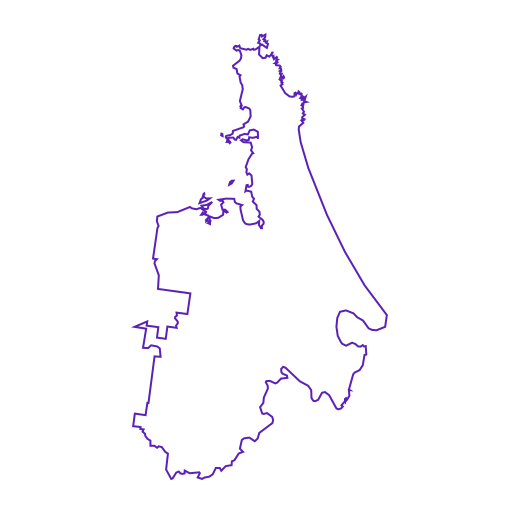 Port Stephens, New South Wales, Australia (Albers equal-area conic projection), rotated 268°
{"feature_id": "25037944B52772221720298", "entity_name": "Port Stephens", "entity_type": "district", "adm_level": 2, "iso_a3": "AUS", "parent_name": "Australia", "parent_adm1": "New South Wales", "projection": "albers", "projection_center": [151.986, -32.729], "detail": "fine", "context": "isolated", "style": "outline", "palette": "violet", "viewbox_px": 512, "rotation_deg": 268, "n_neighbors": 0, "source": "geoboundaries", "source_scale": "gbopen_adm2", "svg_char_len": 6118}
<svg xmlns="http://www.w3.org/2000/svg" viewBox="0 0 512 512"><g transform="rotate(268 256 256)"><path d="M43.3,171.3L41.4,172.8L40.8,174.9L41.3,177.1L44.0,177.3L41.2,182.2L41.8,191.7L40.9,192.3L36.7,190.0L35.1,194.3L36.4,196.9L37.1,201.6L39.3,205.1L45.6,208.5L45.4,212.4L42.6,213.8L47.1,218.5L47.8,224.3L51.6,224.7L52.6,227.3L59.3,231.9L60.7,236.2L64.0,233.2L72.6,235.4L74.2,237.7L74.7,243.1L70.9,248.3L73.6,251.3L79.1,253.1L88.5,266.6L91.7,267.4L94.7,266.5L98.6,261.6L97.9,258.2L98.4,256.7L104.8,254.8L108.9,258.2L114.3,258.9L123.0,263.2L125.9,263.2L129.5,261.4L130.6,262.0L130.7,265.5L128.0,270.8L128.7,272.7L132.6,276.7L133.1,283.1L135.5,282.7L137.5,278.3L139.1,277.3L142.2,277.2L144.3,279.3L143.3,281.6L129.2,295.5L124.5,303.6L120.0,306.5L112.1,306.5L109.3,308.2L108.8,309.8L110.1,313.1L117.0,317.2L117.6,320.2L114.3,324.3L100.8,331.1L99.9,333.0L100.8,335.9L102.5,337.5L103.6,336.2L103.9,336.3L107.2,339.3L106.7,339.8L108.9,339.9L108.0,340.8L109.2,341.7L110.3,340.6L110.9,341.1L109.7,342.3L113.1,344.5L118.7,344.1L118.6,345.2L119.3,344.2L134.3,349.0L136.0,350.4L138.3,355.5L143.1,358.9L153.3,361.0L153.7,362.8L162.1,362.5L161.8,360.8L163.2,359.6L161.8,357.4L162.0,355.0L164.6,352.2L166.0,349.0L163.2,342.9L165.2,339.2L166.9,337.9L173.4,334.9L182.5,333.9L191.3,335.1L197.3,338.0L198.5,344.0L195.3,351.4L191.2,355.1L187.8,360.7L179.8,366.0L178.1,369.4L177.6,373.9L180.7,382.6L192.4,384.7L222.9,363.5L257.1,345.0L294.5,328.4L342.3,311.3L368.3,304.6L381.0,303.1L383.9,303.5L387.4,307.9L389.4,306.5L389.8,307.6L390.2,306.7L391.1,308.8L391.8,307.0L393.1,307.0L395.5,309.8L396.8,307.8L398.5,309.0L401.8,307.0L402.7,309.1L402.4,308.0L403.9,308.2L405.0,306.7L406.6,307.6L406.0,308.7L407.8,309.0L408.2,311.7L409.1,309.7L413.3,311.2L412.6,310.4L413.4,309.1L410.4,308.1L410.5,307.0L412.2,307.4L412.4,305.9L414.5,307.6L415.6,306.6L417.0,307.8L416.1,305.8L416.6,304.6L418.1,305.2L418.9,304.3L417.8,304.1L417.3,302.6L415.9,301.8L417.8,301.0L417.4,300.2L414.3,300.0L413.8,298.3L414.3,295.1L417.7,290.9L425.5,286.5L426.7,288.4L428.0,287.5L428.5,288.5L430.9,286.5L430.9,287.9L432.7,287.6L433.4,288.6L434.4,287.8L433.6,286.6L437.0,288.0L436.7,286.7L437.6,286.1L439.6,287.5L440.1,286.3L441.0,287.7L442.4,287.5L442.7,286.2L444.3,287.2L445.5,286.3L446.0,282.7L447.1,282.4L448.1,283.5L448.2,281.9L449.5,283.8L450.3,283.0L451.5,284.7L452.4,282.8L454.6,284.4L452.2,280.8L454.9,280.5L454.2,279.9L457.1,278.5L454.8,276.2L456.2,273.7L453.8,272.5L453.5,269.6L457.2,266.1L465.0,266.7L462.4,262.7L462.2,260.9L463.2,260.5L462.2,257.4L463.3,255.3L462.5,253.8L464.2,247.5L466.8,246.7L466.1,245.7L466.5,243.9L465.9,243.8L466.6,242.6L465.5,241.3L464.2,240.9L461.9,243.7L462.5,245.4L461.7,247.0L457.3,248.4L454.0,247.9L451.7,246.3L446.9,239.6L445.0,240.1L443.6,243.1L439.0,243.8L437.2,246.8L436.1,245.8L429.9,246.7L427.3,248.2L423.2,248.6L411.5,245.3L407.2,246.8L406.6,245.9L406.0,245.6L405.2,245.5L406.5,246.0L406.4,246.8L404.5,246.0L404.7,245.2L403.0,248.0L405.0,249.5L405.3,250.7L403.6,254.4L402.0,255.4L395.6,255.5L390.5,252.7L388.0,248.1L386.0,248.7L385.1,248.0L381.8,237.3L379.2,237.0L377.8,234.6L377.1,230.5L375.9,229.9L374.6,230.6L374.8,232.0L373.8,231.7L375.2,233.4L375.1,237.5L373.1,238.8L372.8,240.1L375.6,241.8L374.8,243.5L376.9,243.8L378.4,248.9L377.8,252.1L381.8,254.2L382.4,258.3L380.0,262.2L373.1,262.1L375.1,261.3L374.2,256.9L374.9,253.3L372.2,252.8L371.9,250.6L373.1,246.6L372.1,245.1L370.2,247.4L369.5,254.7L364.8,255.9L361.8,254.7L358.8,256.8L358.4,255.6L353.0,251.9L345.2,248.8L343.1,249.9L339.9,249.3L337.6,250.2L338.8,252.1L336.7,254.3L328.2,254.8L326.4,253.8L325.3,251.7L325.6,250.3L327.3,250.2L327.1,249.0L321.0,247.7L321.7,248.9L320.5,253.4L315.4,254.3L313.3,256.0L310.5,254.7L306.8,258.3L303.1,258.3L300.2,261.0L297.0,261.2L295.3,259.9L291.5,264.2L289.7,264.9L287.8,264.6L286.1,262.9L283.6,262.9L283.6,261.9L287.0,260.0L290.9,260.4L288.7,257.4L287.6,250.8L288.3,247.3L289.5,245.9L292.1,244.3L302.9,242.2L306.0,242.1L307.4,243.9L309.3,238.3L310.7,236.8L313.9,236.2L314.4,228.3L313.5,220.6L312.4,222.0L312.4,223.6L313.1,223.9L312.4,224.6L310.8,225.3L308.6,222.9L303.4,224.2L303.5,225.6L302.5,226.0L303.1,227.1L300.8,229.0L300.2,227.3L300.6,228.0L301.2,226.9L301.7,227.8L302.5,225.0L298.3,224.5L295.5,219.7L295.3,215.5L297.0,211.7L294.2,210.8L293.0,211.2L292.9,212.5L292.5,211.3L289.5,211.2L290.4,209.4L290.7,210.2L293.4,208.7L292.6,207.6L293.6,207.8L293.1,206.6L296.1,209.9L298.1,209.7L300.2,203.8L299.1,203.7L299.1,202.7L301.1,204.3L300.5,204.5L300.7,207.1L301.8,207.7L306.0,202.1L304.8,198.2L305.9,193.5L307.3,191.7L302.6,178.9L302.5,169.5L298.9,158.8L294.3,158.1L289.4,159.7L287.5,158.5L257.0,153.0L256.3,156.8L254.4,154.8L252.1,154.3L240.1,158.2L226.5,156.9L220.9,189.1L200.4,185.4L202.2,174.6L199.2,174.9L198.0,173.1L196.6,172.9L193.3,175.4L191.7,175.6L189.2,173.7L187.0,174.2L188.6,165.0L176.4,162.9L177.9,154.2L188.3,155.9L190.2,144.3L194.4,145.0L189.4,132.2L187.2,143.7L168.2,139.9L167.7,144.9L170.4,148.1L169.0,154.2L167.0,156.6L158.6,157.1L159.2,151.1L112.8,143.4L113.0,142.3L100.8,140.1L102.7,129.4L90.2,127.3L89.1,134.7L87.1,134.4L86.6,137.6L84.4,136.5L82.2,138.9L80.1,139.1L77.0,141.2L75.2,144.0L70.0,143.9L69.9,147.8L67.8,150.5L69.2,152.1L68.3,155.2L63.5,158.4L61.6,161.1L45.7,158.7L36.2,163.5L36.6,164.9L42.3,168.7L43.3,171.3ZM472.4,271.0L474.3,272.8L476.9,273.1L475.2,269.7L476.8,269.3L476.7,267.8L472.3,266.2L471.4,267.3L469.0,265.6L468.2,267.5L466.1,267.6L467.2,269.3L463.6,274.1L467.6,275.4L468.7,273.7L469.9,274.3L469.4,273.1L470.3,273.0L470.5,271.8L471.8,272.5L472.4,271.0ZM315.2,208.3L316.7,206.2L316.2,205.1L314.7,203.0L310.8,201.4L313.1,208.8L315.2,211.9L315.2,208.3ZM304.6,208.4L305.1,209.5L307.9,210.2L311.5,214.2L308.7,208.2L308.2,203.3L305.2,205.3L304.6,208.4ZM328.1,231.7L329.4,234.3L332.1,236.2L332.1,234.4L330.8,232.6L328.1,231.7ZM369.7,233.7L370.4,234.4L372.7,232.8L371.0,231.1L370.9,232.8L369.7,233.7ZM377.1,226.8L379.2,226.6L379.5,225.7L377.8,225.4L377.1,226.8ZM432.6,289.7L433.4,290.3L434.7,289.8L433.2,288.8L432.6,289.7ZM318.0,205.2L319.2,206.5L320.3,206.4L319.9,205.8L318.0,205.2ZM458.0,278.9L458.5,279.7L459.5,279.7L458.0,278.9Z" fill="none" stroke="#5b21b6" stroke-width="2"/></g></svg>